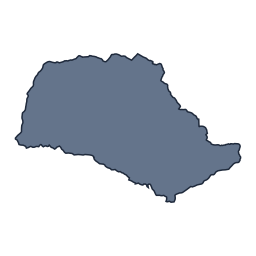 outline of Rusca Montana, Caras-Severin, Romania
{"feature_id": "2599482B76888345193799", "entity_name": "Rusca Montana", "entity_type": "district", "adm_level": 2, "iso_a3": "ROU", "parent_name": "Romania", "parent_adm1": "Caras-Severin", "projection": "albers", "projection_center": [22.446, 45.608], "detail": "fine", "context": "isolated", "style": "filled", "palette": "slate", "viewbox_px": 256, "rotation_deg": 0, "n_neighbors": 0, "source": "geoboundaries", "source_scale": "gbopen_adm2", "svg_char_len": 5735}
<svg xmlns="http://www.w3.org/2000/svg" viewBox="0 0 256 256"><path d="M197.2,184.9L201.8,183.9L203.1,182.7L203.6,181.5L204.4,180.7L206.5,179.9L207.5,179.2L208.4,178.4L208.7,178.1L210.1,176.0L210.9,175.0L211.7,174.7L213.6,174.7L214.4,174.1L216.0,171.9L217.9,170.8L222.3,170.0L225.4,169.8L228.4,169.3L229.3,168.7L229.8,167.8L231.6,166.0L233.5,163.9L234.1,163.5L235.4,162.8L236.2,162.6L238.0,162.5L238.8,162.2L239.4,161.3L240.0,160.3L239.9,160.0L239.9,159.4L240.4,158.7L240.6,157.9L240.6,157.3L240.5,156.7L239.8,155.9L239.5,155.0L238.7,153.7L238.7,152.9L238.4,151.9L238.5,151.2L238.7,150.6L239.1,150.2L239.3,149.7L239.6,148.3L240.1,146.8L240.1,146.2L239.9,145.2L239.3,144.5L239.0,144.2L238.7,144.0L237.9,143.8L236.3,143.7L234.9,143.6L234.4,143.6L233.5,144.0L230.8,143.7L230.5,143.8L230.2,144.2L229.3,144.3L229.0,144.1L228.8,143.9L228.5,143.9L226.9,144.4L225.7,144.6L225.3,145.0L225.1,145.1L224.5,145.0L223.9,145.1L222.6,145.5L221.7,145.2L221.0,145.6L220.4,145.6L219.8,145.5L218.8,144.9L217.9,144.8L217.5,144.8L215.4,145.0L214.0,144.9L213.1,144.7L211.4,144.1L211.2,143.9L210.7,142.8L210.3,142.4L209.7,142.0L208.8,141.7L208.2,141.2L207.6,140.8L206.9,140.5L206.6,140.3L206.3,140.0L206.3,139.8L206.7,138.9L207.1,138.1L207.2,137.7L207.0,136.4L206.6,136.0L206.5,135.6L206.0,135.0L205.9,134.6L206.1,134.4L207.1,133.6L207.3,133.4L207.4,133.2L207.1,132.7L206.7,130.1L206.5,129.5L206.0,128.7L205.7,128.0L205.4,127.6L204.6,127.1L203.8,126.6L202.8,126.3L201.0,126.2L200.0,126.3L199.3,126.6L199.1,126.5L198.9,124.2L198.8,120.5L198.8,120.2L198.5,119.9L198.8,119.3L198.8,119.2L198.5,119.1L197.8,119.0L197.4,118.8L197.1,118.4L196.6,117.2L196.1,116.3L195.9,116.0L193.6,114.7L192.8,113.8L191.9,113.1L190.8,112.6L189.7,112.3L188.3,112.0L187.5,111.7L187.2,111.5L186.9,110.6L185.8,109.5L185.1,109.4L183.9,109.6L181.5,109.5L180.6,109.6L178.8,109.1L178.7,109.0L178.8,108.9L179.1,108.6L179.4,107.9L180.1,107.0L180.4,106.4L180.3,106.1L179.9,105.3L178.6,103.8L177.5,102.8L177.1,102.3L176.3,100.5L175.7,99.6L174.9,98.5L174.5,98.0L172.7,97.2L171.0,94.9L170.5,94.3L170.5,94.1L170.7,93.6L170.7,93.2L169.9,91.7L169.2,91.3L168.7,90.8L168.3,89.5L167.9,88.9L167.8,88.1L167.6,86.5L167.6,86.1L167.7,85.3L167.6,85.0L166.8,84.1L164.9,83.5L164.4,83.3L163.3,82.2L161.7,81.3L161.3,81.0L160.8,80.5L160.9,80.2L161.9,77.2L162.6,76.1L163.1,74.6L163.4,74.2L163.8,73.7L164.0,73.5L164.4,72.5L164.2,71.9L163.7,70.8L163.0,69.9L163.0,69.2L163.0,68.4L162.4,67.7L162.3,67.3L162.0,66.5L161.7,65.4L161.2,64.2L160.6,63.8L160.0,63.6L159.7,63.5L156.7,64.7L156.2,64.8L154.9,64.3L154.7,64.3L154.5,64.5L154.4,64.5L153.5,63.9L153.1,63.8L152.7,63.8L152.5,63.6L152.4,62.8L152.5,62.7L152.9,62.4L152.9,61.8L152.8,61.7L152.6,61.5L150.4,60.5L150.0,60.5L149.6,60.6L148.5,60.2L147.4,59.3L146.6,58.5L146.0,58.1L143.2,57.0L137.7,53.8L135.8,55.9L134.5,57.1L131.6,60.2L126.4,57.5L125.7,56.7L125.2,56.3L124.2,56.1L123.4,56.0L121.5,56.3L119.1,54.9L118.1,54.5L116.4,54.0L115.7,54.0L114.9,54.0L113.4,54.5L112.9,54.5L112.0,54.5L111.6,54.7L110.8,55.9L110.5,56.7L108.2,59.6L106.2,61.5L105.9,61.7L105.3,61.7L104.2,61.5L102.9,60.8L102.7,60.7L102.5,59.9L101.9,59.3L101.0,58.6L100.4,58.6L100.0,58.5L98.5,57.9L97.4,57.6L96.6,57.1L95.9,56.8L94.1,56.4L92.1,56.2L91.6,55.9L90.9,55.9L90.4,55.7L89.7,55.6L88.4,56.7L84.0,57.0L82.4,57.2L82.0,56.7L81.5,56.6L81.1,56.5L80.1,55.9L79.1,55.7L78.6,55.9L77.4,57.1L76.8,57.7L76.2,58.5L75.8,58.7L74.2,59.2L71.8,60.2L71.0,59.9L69.7,60.3L69.0,60.4L68.6,60.7L68.0,60.9L67.4,60.9L66.1,60.7L65.3,60.9L64.4,60.9L63.7,61.5L62.6,61.9L59.4,62.8L58.5,62.5L57.8,62.1L57.2,62.0L56.4,62.1L56.2,62.5L55.1,62.8L52.4,62.3L50.8,61.8L49.7,61.5L48.2,61.7L47.2,62.1L44.9,63.5L44.3,63.9L43.4,64.8L43.2,65.5L42.8,67.3L42.6,68.0L41.7,69.5L41.1,70.3L40.4,71.0L39.9,71.5L39.0,72.1L38.5,72.6L37.9,73.7L37.7,74.4L37.3,74.9L36.0,76.3L35.0,77.9L34.1,80.3L33.6,81.3L33.4,83.0L33.5,84.7L33.3,85.6L33.1,86.1L32.4,86.9L31.7,87.5L30.9,88.3L29.5,90.4L27.5,93.0L27.2,93.5L27.1,94.0L28.2,95.4L28.3,96.1L28.1,96.6L27.5,97.7L26.9,99.0L26.8,101.4L26.3,103.6L26.0,105.7L25.8,106.5L25.4,109.5L25.2,110.0L24.3,111.3L22.6,112.8L22.4,113.4L22.0,116.9L22.0,118.2L22.8,120.7L22.9,122.0L22.9,122.6L22.7,123.3L21.8,125.4L21.6,127.4L21.5,129.3L21.5,130.2L21.5,131.7L21.1,132.3L20.1,133.4L17.7,135.4L15.4,138.1L15.5,139.1L17.1,140.0L18.4,142.6L19.0,144.5L20.7,145.0L23.3,145.2L25.7,146.4L26.4,148.1L28.4,147.5L30.2,146.5L30.9,146.4L32.9,147.3L34.8,147.1L35.6,146.6L36.9,146.4L38.7,146.7L39.5,145.6L40.5,144.6L41.3,144.7L42.5,146.3L43.4,146.8L44.3,146.2L46.0,145.8L47.2,146.5L48.5,146.2L49.2,145.1L50.4,146.4L51.3,147.4L52.6,147.7L54.6,149.1L55.5,148.6L57.1,147.0L59.5,146.1L60.7,147.3L61.6,149.1L63.2,150.4L64.6,152.4L65.8,153.2L68.5,153.0L72.2,153.5L74.1,154.9L78.2,154.5L80.7,154.7L83.2,155.0L85.0,154.5L88.8,154.8L90.3,155.0L92.0,155.4L92.8,155.8L94.0,157.2L93.7,157.4L94.4,159.5L96.0,161.1L97.8,162.3L99.5,163.7L103.6,164.2L104.9,165.1L105.4,166.2L107.4,167.6L110.2,168.5L111.5,169.8L113.3,169.8L115.1,169.5L116.5,170.6L117.2,171.1L118.6,171.8L120.4,171.6L121.5,172.6L123.2,173.1L124.5,174.1L126.5,175.1L127.4,176.3L129.4,177.9L128.8,179.9L131.3,180.8L133.2,182.0L135.4,183.0L135.3,183.9L138.5,183.1L139.8,184.1L141.5,184.8L142.9,185.0L143.7,184.1L145.5,184.1L146.6,184.9L147.0,186.5L148.3,187.5L148.0,186.1L147.9,184.7L148.9,184.1L150.0,184.2L150.7,185.0L151.5,186.9L152.2,188.9L154.1,190.9L155.8,194.6L156.4,195.3L158.0,195.3L159.8,195.3L160.7,195.6L161.9,195.7L163.8,195.4L165.1,196.3L166.5,196.9L166.7,197.8L166.6,199.5L166.5,200.1L166.3,200.8L166.1,201.0L166.0,201.4L167.1,201.8L169.6,201.3L171.0,202.2L174.0,201.9L174.7,200.5L175.2,199.0L175.2,197.2L174.9,195.3L176.1,194.3L179.7,192.9L181.0,192.9L182.5,192.5L186.7,189.6L190.8,186.5L192.4,186.9L194.9,186.0L197.2,184.9Z" fill="#64748b" stroke="#1e293b" stroke-width="1.5"/></svg>